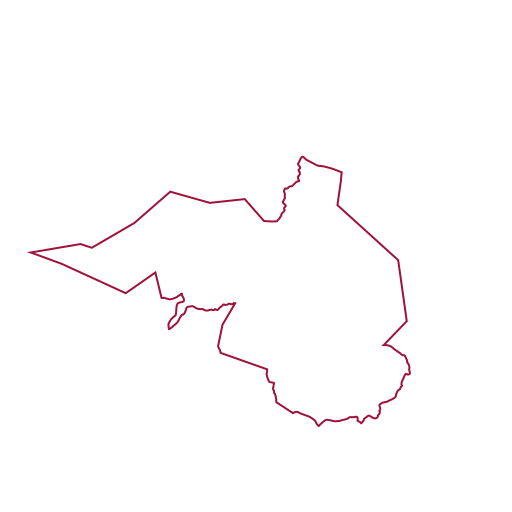 the district of Corquin, Copán, Honduras, rotated 212°
{"feature_id": "27666195B19048967289825", "entity_name": "Corquin", "entity_type": "district", "adm_level": 2, "iso_a3": "HND", "parent_name": "Honduras", "parent_adm1": "Copán", "projection": "albers", "projection_center": [-88.867, 14.553], "detail": "fine", "context": "isolated", "style": "outline", "palette": "rose", "viewbox_px": 512, "rotation_deg": 212, "n_neighbors": 0, "source": "geoboundaries", "source_scale": "gbopen_adm2", "svg_char_len": 5986}
<svg xmlns="http://www.w3.org/2000/svg" viewBox="0 0 512 512"><g transform="rotate(212 256 256)"><path d="M223.6,364.2L227.7,372.4L236.1,370.8L238.4,370.2L240.6,369.6L242.9,368.9L245.4,368.1L248.2,366.9L250.8,365.6L251.5,365.4L252.4,365.2L264.5,364.3L268.3,365.1L268.9,365.0L269.3,364.6L269.5,364.4L269.6,364.1L269.8,362.7L269.3,358.6L269.3,357.1L269.2,356.4L268.6,355.9L267.7,355.5L266.8,355.2L266.3,355.0L265.8,354.7L265.3,354.3L265.2,354.0L265.2,353.3L265.3,352.5L265.4,351.7L265.4,351.3L265.0,350.9L264.4,350.5L264.1,350.4L263.5,350.3L263.2,350.1L262.7,349.6L262.3,348.8L262.2,348.2L262.1,347.4L262.2,346.5L262.5,345.9L262.5,345.7L262.4,345.4L262.1,344.9L261.5,344.2L259.5,342.8L259.3,342.6L259.2,342.4L259.2,342.2L259.3,342.0L260.0,341.6L260.4,341.2L261.1,340.0L262.3,334.8L262.5,334.5L262.8,334.0L263.8,333.3L264.3,332.7L264.8,331.7L264.9,330.6L265.1,330.0L265.3,329.8L265.6,329.5L265.9,329.3L266.4,329.1L267.0,328.9L267.1,328.2L266.9,326.5L266.8,326.1L266.6,325.7L266.4,325.5L265.4,324.8L264.2,323.6L263.8,323.0L263.5,322.2L263.3,321.7L263.1,321.4L262.5,321.0L262.2,320.6L262.1,320.2L262.2,319.6L261.9,317.3L262.0,316.3L261.9,315.9L261.7,315.7L261.2,315.5L259.5,315.1L258.1,314.8L257.5,314.5L257.4,314.3L257.3,314.1L257.4,312.8L257.6,311.8L257.5,311.5L257.3,311.2L256.9,310.7L256.6,310.4L256.1,310.2L255.9,309.9L255.9,309.3L256.6,305.3L256.5,304.5L256.1,304.0L256.0,303.7L256.1,302.4L256.0,300.8L256.5,298.2L256.5,297.2L256.6,296.8L256.9,296.4L257.4,295.9L259.1,294.9L260.3,294.0L267.7,289.9L295.7,298.3L323.3,276.6L362.8,265.1L376.6,219.7L399.6,176.0L411.2,173.1L448.9,139.6L416.6,146.4L346.8,155.4L332.6,188.7L313.9,170.4L312.8,171.0L311.7,171.9L310.6,172.2L308.9,172.6L307.4,173.2L306.4,173.5L305.9,173.7L305.4,174.1L304.3,175.3L303.1,176.7L301.8,178.5L301.4,179.3L300.7,181.0L299.6,183.1L299.4,183.6L299.4,184.3L299.3,184.5L299.1,184.6L298.9,184.7L298.6,184.6L298.3,183.8L297.9,183.4L295.0,181.8L294.5,181.4L293.9,180.7L293.6,180.1L293.4,179.6L293.4,179.2L293.8,178.5L294.2,177.9L295.8,176.4L296.9,175.1L297.2,174.4L297.3,173.7L297.0,172.3L296.3,170.4L293.7,165.5L293.2,164.4L292.9,163.5L292.9,162.9L293.0,162.3L293.9,159.8L294.5,157.1L294.5,154.5L294.3,153.2L294.2,152.0L293.8,151.3L293.1,150.3L291.5,148.3L291.1,147.9L290.9,148.0L290.6,148.5L289.8,150.2L287.8,156.7L287.6,157.5L287.5,158.6L287.5,159.6L287.8,163.2L287.8,165.1L287.8,166.5L287.7,166.9L287.6,167.1L287.0,167.5L286.7,167.8L286.4,168.7L286.3,169.4L286.4,170.3L286.7,172.3L286.9,173.3L287.3,174.5L287.4,175.2L287.3,175.9L287.2,176.3L287.0,176.6L283.7,179.5L283.2,179.8L282.4,180.0L281.6,180.1L280.9,180.1L279.7,180.0L278.8,180.1L278.0,180.2L276.6,180.7L275.3,181.3L274.1,182.0L273.8,182.3L273.5,182.7L273.2,182.8L271.1,182.8L270.0,183.1L269.2,183.4L268.6,183.8L267.9,184.3L266.8,185.7L265.7,186.7L265.3,186.9L264.7,187.1L263.9,187.2L263.5,187.5L263.0,187.9L262.8,188.2L262.7,188.6L262.7,189.1L262.5,189.3L262.2,189.4L261.7,189.3L261.2,189.4L260.6,189.5L260.2,189.7L260.0,189.9L259.9,190.2L259.4,192.8L259.0,194.1L258.4,195.5L258.2,196.2L258.1,197.0L257.9,197.6L257.5,197.9L256.5,198.1L256.0,198.3L255.5,198.6L254.5,199.6L254.2,200.2L254.0,200.9L253.8,201.2L253.4,201.4L252.3,201.7L250.7,202.4L250.4,202.8L250.0,203.4L249.9,203.6L250.0,204.1L249.8,204.3L249.2,204.7L248.6,204.9L248.0,180.0L240.4,159.5L239.6,158.7L237.3,157.4L236.5,156.9L235.5,156.0L235.0,155.3L234.6,155.1L186.5,165.8L185.8,164.7L185.3,163.8L185.0,162.8L184.5,161.5L184.4,161.4L181.7,158.7L178.5,156.5L178.1,156.4L177.5,156.4L177.0,156.6L173.9,157.8L173.6,157.8L173.4,157.7L173.1,157.3L172.9,156.4L171.9,154.3L171.8,153.8L171.6,153.0L171.4,152.5L170.4,151.8L169.6,151.3L169.3,151.2L168.0,149.4L167.9,149.3L167.4,149.3L166.6,148.9L164.4,146.9L163.7,146.0L162.9,145.2L162.1,143.8L161.2,142.8L143.6,142.4L143.3,142.6L142.9,142.6L142.6,142.5L142.0,142.3L141.4,142.2L141.2,142.4L140.6,143.6L140.0,144.6L139.7,144.9L139.2,145.2L138.1,145.7L137.0,146.0L135.4,146.0L133.6,146.3L125.3,148.1L120.6,147.9L119.3,147.8L118.7,147.6L117.8,147.2L115.4,145.7L113.7,145.2L112.8,145.0L112.6,145.3L112.5,146.3L111.8,149.0L111.1,151.2L110.3,153.2L110.0,153.7L109.7,154.2L108.9,154.8L107.4,155.5L105.3,156.3L103.3,156.9L102.2,157.3L101.1,157.9L99.9,158.8L98.4,159.9L97.2,161.0L96.5,161.8L95.7,162.8L94.6,163.8L93.2,165.4L92.1,166.8L91.9,167.2L91.5,168.2L91.2,168.7L90.9,169.1L89.9,169.8L88.5,170.5L87.2,171.7L85.9,172.8L85.6,172.9L85.1,173.0L84.7,173.0L84.3,172.8L83.7,172.0L82.8,170.6L82.4,170.1L79.9,170.3L78.2,169.9L77.8,171.1L77.6,172.7L77.6,173.5L77.7,174.0L78.0,174.7L78.0,175.2L76.5,179.3L76.1,180.1L75.7,180.5L75.0,180.7L74.2,180.7L72.8,180.7L72.0,180.7L70.5,180.8L69.6,181.1L68.8,181.5L68.2,182.0L67.9,182.6L67.6,183.2L67.6,183.8L67.6,184.3L67.7,184.6L68.1,185.2L68.1,185.5L68.1,186.1L67.8,186.9L67.8,187.4L67.8,188.1L68.0,188.9L68.4,189.5L68.6,189.6L69.1,189.8L69.3,190.1L69.4,190.5L69.3,191.1L69.3,191.4L69.4,191.7L69.7,192.3L70.4,193.1L71.3,193.8L71.8,194.3L72.3,195.0L72.4,195.5L72.3,195.9L72.0,196.6L70.9,198.8L70.4,199.2L67.8,201.7L67.1,202.8L65.9,204.9L64.9,206.3L63.7,208.5L63.3,209.5L63.1,210.1L63.1,210.6L63.2,211.3L63.4,211.9L63.8,212.8L64.0,213.9L64.2,214.9L64.3,216.1L64.3,217.0L64.2,217.7L64.0,218.2L63.5,218.8L63.4,219.2L63.5,220.1L63.8,221.8L63.7,222.2L63.4,222.8L63.4,223.1L63.5,223.4L63.6,223.6L64.3,223.9L64.6,224.2L65.2,225.3L65.7,226.7L65.9,228.0L66.0,229.6L66.3,231.1L66.7,234.5L66.7,234.8L66.5,235.1L66.3,235.4L66.0,235.6L65.7,235.8L65.1,235.7L64.7,235.8L64.2,236.1L63.7,236.5L63.5,236.8L63.3,237.1L63.3,237.4L63.3,237.7L63.5,238.3L64.2,239.1L64.7,239.7L65.6,240.4L66.0,240.8L66.2,241.2L66.4,242.0L66.6,242.5L67.3,243.3L68.1,244.2L68.9,244.8L69.7,245.3L70.1,245.5L70.9,245.7L71.4,245.9L71.8,246.4L72.3,247.3L72.8,247.7L74.1,248.5L75.7,249.6L76.2,249.9L76.9,250.2L77.5,250.3L77.9,250.3L78.3,250.1L79.0,249.6L79.4,249.5L79.7,249.5L82.1,249.9L89.6,250.3L92.1,250.7L93.1,250.8L93.9,250.8L95.5,250.5L97.9,249.7L99.1,249.1L100.5,248.2L93.6,280.6L133.2,327.8L213.9,342.3L223.6,364.2Z" fill="none" stroke="#9f1239" stroke-width="2"/></g></svg>